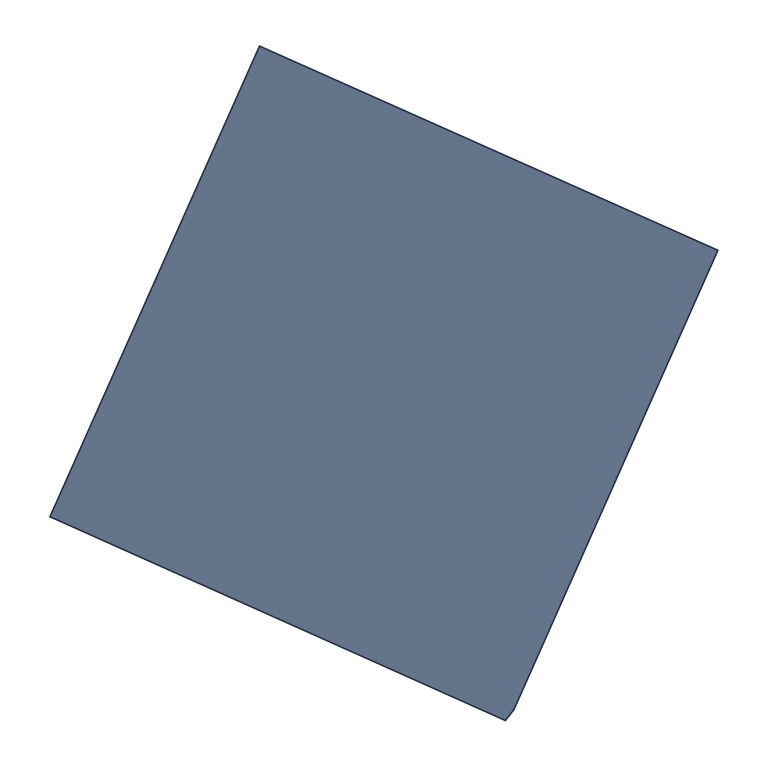 Adams, Nebraska, United States of America (Mercator projection), rotated 204°
{"feature_id": "52423323B10491210424297", "entity_name": "Adams", "entity_type": "district", "adm_level": 2, "iso_a3": "USA", "parent_name": "United States of America", "parent_adm1": "Nebraska", "projection": "mercator", "projection_center": [-98.47, 40.525], "detail": "fine", "context": "isolated", "style": "filled", "palette": "slate", "viewbox_px": 768, "rotation_deg": 204, "n_neighbors": 0, "source": "geoboundaries", "source_scale": "gbopen_adm2", "svg_char_len": 255}
<svg xmlns="http://www.w3.org/2000/svg" viewBox="0 0 768 768"><g transform="rotate(204 384 384)"><path d="M629.8,126.8L136.2,125.9L132.8,139.5L133.3,642.0L635.2,642.1L635.2,126.8L629.8,126.8Z" fill="#64748b" stroke="#1e293b" stroke-width="1.5"/></g></svg>